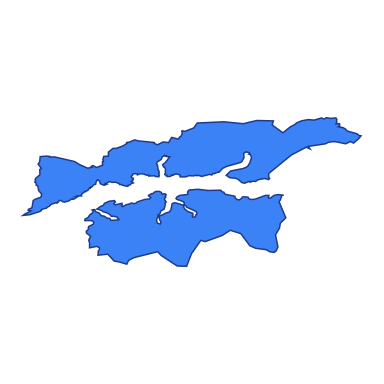 Høyanger nor, Sogn og Fjordane, Norway
{"feature_id": "86288312B43013877276358", "entity_name": "Høyanger nor", "entity_type": "district", "adm_level": 2, "iso_a3": "NOR", "parent_name": "Norway", "parent_adm1": "Sogn og Fjordane", "projection": "natural_earth1", "projection_center": [5.813, 61.125], "detail": "fine", "context": "isolated", "style": "filled", "palette": "blue", "viewbox_px": 384, "rotation_deg": 0, "n_neighbors": 0, "source": "geoboundaries", "source_scale": "gbopen_adm2", "svg_char_len": 6013}
<svg xmlns="http://www.w3.org/2000/svg" viewBox="0 0 384 384"><path d="M40.2,156.6L39.7,161.6L38.1,164.1L41.4,168.4L39.8,169.4L39.9,174.8L35.9,178.1L35.2,179.4L35.4,180.4L34.9,182.2L35.6,182.3L36.2,183.9L36.2,185.3L37.8,185.7L38.6,190.5L41.7,194.2L40.9,197.2L35.4,199.1L33.2,200.5L32.0,207.7L28.5,209.3L28.1,210.2L31.0,211.0L25.2,213.8L23.0,215.4L29.9,214.7L39.6,211.6L41.3,210.6L41.1,210.3L41.7,209.4L46.5,208.1L47.7,206.9L49.2,206.4L51.1,204.3L55.7,202.8L57.0,203.1L57.5,202.7L57.0,202.6L57.2,202.2L58.7,201.6L59.3,200.5L60.7,200.4L63.1,201.9L64.6,202.1L68.9,200.9L72.2,198.5L72.5,199.2L74.2,199.0L76.3,197.5L75.3,196.9L77.7,196.7L78.4,196.3L77.4,196.5L77.1,195.9L80.5,195.9L80.2,195.7L81.7,194.9L82.1,193.4L83.7,192.7L84.9,191.3L85.7,191.7L86.3,191.0L87.9,190.4L88.6,189.0L90.1,188.4L89.9,187.8L90.7,187.5L90.2,187.3L92.3,186.4L93.8,184.7L95.7,184.2L95.9,182.5L97.3,179.8L99.5,180.8L100.1,183.2L100.8,184.0L104.1,185.3L106.1,184.5L105.3,184.4L106.0,184.1L105.3,183.4L105.9,183.2L106.2,183.9L108.5,182.0L110.3,181.6L112.1,182.4L115.7,182.2L119.1,183.7L119.6,184.5L121.7,184.4L121.2,184.7L126.5,186.3L127.9,186.1L128.5,185.7L128.2,185.3L130.4,184.7L131.3,183.5L133.3,182.9L131.2,181.3L132.8,180.6L132.7,179.9L133.7,179.2L133.0,179.3L133.3,178.2L132.0,178.0L131.1,176.7L132.4,175.3L132.5,174.4L134.2,173.6L137.2,173.9L137.4,174.9L139.6,173.9L143.1,173.8L146.3,175.1L148.7,175.1L149.2,175.5L149.0,176.0L154.5,175.8L155.5,176.5L158.8,176.8L159.3,175.6L158.7,175.0L159.1,174.1L158.8,173.7L159.1,173.4L159.0,171.0L158.0,169.5L157.5,165.1L156.7,164.2L156.6,163.2L157.3,161.9L161.2,159.5L162.1,157.2L164.4,155.4L164.4,156.0L166.3,155.8L166.0,156.3L167.2,156.7L169.8,156.8L165.1,162.8L162.6,164.6L163.6,167.0L164.5,167.0L165.4,168.9L165.4,172.9L164.7,174.3L165.1,174.9L166.6,175.2L165.7,176.1L166.7,175.7L167.2,176.6L169.9,176.5L172.0,175.5L171.6,175.0L171.9,174.7L173.6,175.1L174.7,174.2L176.9,174.0L180.0,174.9L180.0,176.7L180.9,177.0L186.0,176.8L188.8,175.7L193.5,175.9L196.1,175.3L197.0,175.8L197.8,175.2L201.7,176.4L209.6,174.4L211.8,175.0L212.8,173.6L214.3,173.7L217.3,172.3L218.9,172.3L222.6,168.4L226.7,166.4L240.5,162.5L241.9,161.6L244.0,157.6L243.7,154.0L244.1,153.0L246.0,151.9L249.1,152.6L249.0,153.1L250.0,153.7L250.0,154.3L249.5,154.4L250.4,154.8L251.3,156.7L251.4,158.1L249.7,163.0L248.0,165.9L246.0,167.4L242.8,168.6L230.6,171.0L226.2,175.3L229.8,177.7L235.3,178.2L237.8,179.1L242.0,182.7L244.8,183.2L249.0,181.4L249.9,181.5L250.0,182.2L253.3,181.1L255.4,181.5L258.4,179.6L264.9,178.5L268.6,179.6L269.7,178.4L268.7,177.4L268.7,173.5L291.5,154.9L306.2,147.2L310.0,148.9L308.2,146.4L325.5,143.8L328.3,142.3L332.4,141.7L335.6,141.7L345.7,143.8L350.5,141.5L353.5,143.1L358.8,138.6L361.0,135.8L359.0,135.5L357.1,133.8L347.2,131.0L345.4,129.0L343.0,127.6L338.2,126.8L339.7,125.8L339.5,123.7L336.0,123.7L336.9,121.9L336.5,120.5L336.9,119.6L335.9,117.9L330.3,118.4L326.8,117.7L323.6,119.0L321.5,117.9L314.3,120.1L308.3,119.6L301.6,120.8L296.4,123.0L295.2,124.3L290.1,127.0L282.9,132.8L272.2,125.0L273.4,120.9L256.9,120.5L243.2,123.7L223.9,121.8L197.3,123.0L193.7,128.0L184.7,131.4L182.1,130.7L181.8,131.4L182.3,133.0L181.9,134.4L181.0,136.2L179.7,137.0L178.3,139.1L171.7,137.4L168.6,142.5L163.0,142.0L157.5,144.8L154.1,143.4L154.3,142.5L138.3,140.9L134.7,139.9L129.4,142.1L126.0,142.6L127.6,142.8L123.5,145.7L116.4,148.3L113.0,148.4L108.3,152.2L108.5,156.1L103.7,156.4L102.9,159.3L103.5,161.4L102.6,161.5L102.4,163.0L102.8,165.0L96.7,167.5L93.1,165.6L91.3,166.3L92.1,167.2L87.7,168.2L79.8,164.7L74.5,161.5L54.5,156.9L49.6,157.1L49.7,156.4L46.3,156.1L40.2,156.6ZM98.0,255.2L107.8,254.2L114.2,261.1L119.4,262.0L126.8,264.2L128.2,261.1L129.2,260.0L134.1,257.6L157.7,251.7L161.2,255.5L177.2,266.0L186.6,266.3L191.5,253.7L200.9,240.3L205.2,241.6L222.1,235.5L230.3,230.3L240.8,233.6L249.8,245.7L255.7,248.3L266.3,249.7L269.6,251.7L274.3,252.4L276.3,250.7L277.9,246.8L275.5,234.8L279.5,228.1L280.3,223.2L285.8,217.8L279.1,201.8L280.5,199.6L281.8,195.4L283.7,195.2L278.3,194.6L274.2,195.3L270.0,198.3L268.4,197.9L268.9,195.4L265.4,195.4L255.4,199.1L251.5,199.5L249.1,198.9L247.9,197.1L243.6,196.8L242.5,197.0L240.6,199.3L238.7,199.9L237.3,199.6L235.2,198.1L235.0,196.4L234.5,196.1L225.6,194.4L224.1,193.3L224.1,192.4L221.5,191.5L221.1,190.5L220.1,190.2L208.2,190.5L198.1,189.3L189.1,190.0L187.5,192.0L187.9,193.8L187.5,194.5L179.8,195.4L177.0,196.9L176.0,198.5L176.8,199.4L181.8,201.0L184.0,202.3L184.3,204.2L183.3,205.1L185.8,205.6L186.5,207.1L195.7,211.3L197.0,213.1L196.6,214.5L195.6,215.1L195.6,216.1L195.1,216.9L192.9,217.2L192.3,216.2L193.0,215.1L192.8,213.2L187.9,211.6L184.8,209.0L183.6,207.1L183.9,205.4L175.9,202.9L173.5,202.9L172.1,203.8L170.9,209.9L169.2,212.0L165.3,213.2L163.3,214.5L159.0,216.1L159.3,216.2L159.3,218.7L161.1,222.6L160.3,224.1L157.4,223.2L156.6,220.6L156.9,218.4L158.6,216.1L158.0,214.9L158.9,214.7L160.1,213.3L160.8,211.0L164.1,209.2L165.3,204.6L165.1,203.3L165.5,202.2L166.2,202.0L164.5,199.6L164.8,198.8L164.5,198.1L165.8,197.1L165.3,196.0L166.2,194.9L165.3,193.9L163.9,193.7L162.7,194.3L161.7,193.8L161.6,192.7L159.6,191.4L156.3,191.4L154.6,192.0L152.9,193.6L151.8,193.6L148.6,195.2L148.5,195.9L150.8,197.5L149.5,199.0L144.9,199.4L137.3,201.9L136.3,203.1L134.4,203.6L131.1,203.0L129.8,203.9L126.5,204.6L122.8,206.6L121.9,206.4L121.5,205.6L122.2,204.9L122.0,203.3L115.0,204.9L114.2,204.3L114.1,203.3L115.4,202.1L114.5,200.6L109.3,201.2L104.3,203.4L103.6,205.2L100.3,206.6L97.2,209.0L96.2,209.0L99.1,209.6L102.5,211.0L102.9,211.7L106.4,212.6L110.1,214.6L110.6,215.7L111.7,216.4L113.6,216.2L117.4,217.2L117.5,218.1L119.0,219.4L118.8,219.9L111.0,220.4L109.7,218.4L107.6,218.3L104.2,216.2L101.2,215.6L99.1,213.0L95.8,211.7L95.0,210.9L95.0,209.7L94.0,209.5L92.1,210.0L93.4,211.0L92.5,212.8L89.6,215.1L88.0,217.6L85.1,219.0L84.8,220.6L91.2,220.6L93.0,221.3L93.8,222.3L93.3,224.2L88.7,226.5L88.2,227.9L88.6,229.2L86.3,231.3L86.4,233.1L90.6,236.2L88.7,240.2L89.6,243.1L89.5,247.8L96.8,246.4L99.3,247.6L99.6,249.2L98.3,251.0L98.0,255.2Z" fill="#3b82f6" stroke="#1e3a8a" stroke-width="1.5"/></svg>